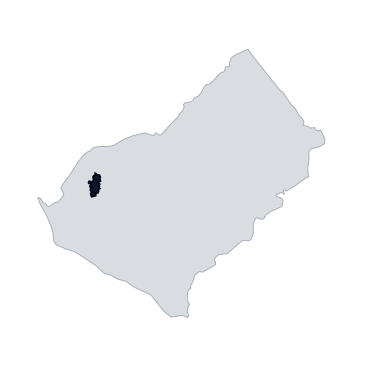 Sefwi-wiawso, Western, Ghana (highlighted), rotated 52°
{"feature_id": "2480657B7942392054994", "entity_name": "Sefwi-wiawso", "entity_type": "district", "adm_level": 2, "iso_a3": "GHA", "parent_name": "Ghana", "parent_adm1": "Western", "projection": "orthographic", "projection_center": [-2.458, 6.306], "detail": "fine", "context": "in_parent", "style": "filled", "palette": "ink", "viewbox_px": 384, "rotation_deg": 52, "n_neighbors": 0, "source": "geoboundaries", "source_scale": "gbopen_adm2", "svg_char_len": 6300}
<svg xmlns="http://www.w3.org/2000/svg" viewBox="0 0 384 384"><g transform="rotate(52 192 192)"><path d="M232.2,54.7L235.0,57.3L235.6,58.8L234.6,64.4L232.7,68.4L231.4,72.1L231.6,73.9L232.9,75.8L237.0,78.6L239.2,80.5L241.7,83.4L244.6,86.1L249.6,89.7L251.7,90.4L251.7,91.4L251.0,92.8L250.6,106.4L250.3,109.8L249.9,111.6L249.5,116.7L249.0,117.4L248.1,117.4L247.2,117.5L247.0,118.6L247.4,119.6L250.4,120.3L249.7,121.1L247.5,121.8L246.5,123.3L246.9,125.0L245.7,126.4L246.1,127.4L246.9,128.1L248.1,127.8L251.6,125.5L253.1,125.2L254.9,125.7L258.3,129.2L258.4,131.0L257.1,136.9L255.8,141.5L255.6,147.7L257.1,151.1L256.9,153.0L255.4,154.7L251.9,157.1L252.2,158.7L253.8,161.7L256.8,165.0L262.5,169.2L265.6,174.6L265.7,176.8L263.9,179.0L261.9,180.9L261.2,183.7L262.3,201.9L257.8,209.8L257.8,212.1L258.2,214.7L259.5,216.3L261.8,216.7L263.7,218.2L263.1,223.7L262.1,229.4L261.9,232.1L261.4,233.4L259.6,234.5L259.0,236.3L259.4,238.5L259.1,240.1L260.1,242.2L262.2,244.9L265.5,251.4L266.8,251.9L267.4,253.2L267.0,254.6L268.3,257.4L272.1,260.3L276.0,262.8L279.1,263.1L279.9,265.4L281.9,268.2L283.4,269.5L285.8,270.3L287.8,270.7L287.9,273.1L284.4,274.8L282.0,277.3L280.2,281.2L277.7,285.4L269.0,287.6L265.7,287.6L247.9,287.8L231.2,296.2L221.6,299.1L215.6,303.8L207.7,307.1L202.1,311.2L190.6,313.1L171.6,319.4L165.7,321.9L159.7,326.3L149.9,331.5L146.1,331.4L138.4,326.6L132.7,324.2L118.6,320.5L108.1,319.1L103.0,317.5L101.6,317.3L102.8,315.5L105.7,315.4L108.8,316.0L111.1,314.6L114.6,314.5L115.5,313.1L115.8,309.6L115.7,306.8L116.9,305.6L117.2,302.3L115.5,295.0L114.3,294.2L108.2,293.1L107.8,291.7L106.7,290.1L105.5,286.4L104.2,280.8L102.0,273.8L97.9,262.4L96.9,258.3L96.2,254.2L96.1,249.3L96.9,247.5L96.8,244.9L96.4,242.4L99.4,236.6L105.0,229.4L106.2,226.9L107.3,225.1L107.4,222.5L108.4,214.2L111.2,204.2L112.9,200.4L114.0,198.3L115.4,195.0L115.8,193.4L121.0,189.5L123.4,188.4L123.9,186.9L123.1,185.2L123.5,184.0L124.7,183.4L126.6,183.0L128.0,181.4L125.8,169.0L124.1,156.6L124.0,155.6L122.9,153.9L121.9,148.8L120.1,145.8L117.7,144.9L117.7,142.1L120.2,137.4L120.8,134.6L119.6,133.8L119.4,131.6L120.3,128.1L119.9,126.0L119.4,123.7L116.9,118.3L116.2,114.5L117.6,112.2L117.5,107.3L116.1,99.8L115.9,95.0L116.9,93.1L116.4,91.2L114.6,89.4L114.4,87.6L116.0,85.9L115.8,84.6L113.8,83.6L112.1,81.3L110.5,77.7L110.9,71.8L113.8,60.9L114.2,60.0L117.5,60.1L117.5,60.5L127.9,60.4L139.8,60.3L153.9,60.2L166.8,60.0L167.4,59.5L169.5,58.9L182.5,60.0L190.6,59.4L194.1,59.8L196.6,60.5L202.2,60.0L205.2,60.3L207.5,63.0L208.4,63.0L209.7,61.8L211.9,60.5L214.2,59.5L215.8,57.3L216.8,55.7L218.3,56.1L220.4,56.0L221.8,54.6L222.3,52.5L232.2,54.7Z" fill="#d9dde1" stroke="#a8b0b8" stroke-width="1"/><path d="M118.8,260.3L119.0,260.5L119.1,260.8L119.4,261.0L119.5,260.9L119.6,260.7L119.9,260.8L120.0,261.0L120.1,260.9L120.3,260.7L120.5,260.7L120.6,260.8L120.8,260.9L120.8,261.0L120.7,261.0L120.8,261.2L120.9,261.3L121.2,261.3L121.3,261.4L121.4,261.6L121.4,261.8L121.5,261.9L121.4,261.9L121.3,262.0L121.8,262.4L121.8,262.5L121.9,262.9L122.0,263.0L122.4,263.4L122.7,263.5L122.8,263.8L122.7,263.9L122.8,263.9L122.8,264.0L122.6,264.0L122.3,264.3L122.4,265.3L122.1,265.8L121.6,265.7L121.1,265.6L121.0,265.8L120.7,265.8L120.2,266.1L120.5,266.5L120.5,267.1L120.4,267.1L120.5,267.3L120.6,267.5L120.9,267.4L120.9,267.5L121.0,267.7L121.1,267.9L121.3,267.8L121.6,267.9L121.8,267.9L121.8,267.7L122.0,267.7L122.8,267.2L123.0,267.3L123.3,267.3L123.8,267.0L124.1,266.8L124.2,266.7L124.3,266.6L124.4,266.8L124.5,266.8L124.5,267.0L124.9,267.2L125.1,267.2L125.3,267.4L125.4,267.6L125.5,267.6L125.4,267.7L125.5,267.8L125.4,267.7L125.4,267.8L125.2,267.9L125.2,268.1L124.9,268.0L125.1,268.1L124.9,268.1L124.9,268.3L124.8,268.2L124.8,268.3L124.7,268.4L124.8,268.4L124.8,268.5L125.0,268.7L125.2,268.8L125.3,268.7L125.3,268.8L125.2,268.9L125.4,268.9L125.3,269.0L125.6,269.2L125.9,269.1L126.1,269.1L126.4,269.0L126.7,269.2L126.9,269.3L127.2,269.2L127.6,269.4L127.6,269.5L127.3,269.6L127.2,269.6L127.0,269.8L126.9,269.9L127.7,270.1L127.8,271.1L129.7,271.1L130.7,270.8L130.5,271.2L130.4,271.4L130.6,271.6L130.6,272.0L130.6,272.3L130.6,272.5L130.8,272.4L131.2,272.5L131.1,272.9L131.4,273.2L131.7,273.4L131.9,273.6L132.1,273.7L132.6,273.7L132.8,273.7L133.0,273.9L133.4,274.0L133.5,273.9L133.6,274.0L133.7,273.9L133.9,273.9L133.8,273.7L133.8,273.4L134.0,273.3L134.3,273.2L134.4,272.9L134.5,272.9L134.5,272.7L134.8,272.6L134.8,272.4L135.0,272.2L135.1,271.9L135.1,271.7L135.1,271.3L135.0,271.2L135.2,270.9L135.3,270.8L135.2,270.8L135.3,270.7L135.3,270.3L135.3,270.2L135.2,270.3L135.2,270.1L135.0,269.9L134.9,269.9L134.8,269.7L134.7,269.6L134.6,269.4L134.4,269.4L134.2,269.2L133.9,269.1L133.7,269.1L133.7,268.9L133.7,268.7L133.8,268.6L133.7,268.5L133.6,268.4L133.4,268.4L133.3,268.2L133.3,267.9L133.3,267.6L133.5,267.7L133.7,267.8L133.9,267.8L133.9,267.7L134.0,267.6L134.1,267.4L134.2,267.2L134.3,267.1L134.3,266.9L134.4,267.0L134.4,266.9L134.5,266.9L134.8,266.9L134.8,266.7L134.8,266.4L134.6,266.1L134.4,266.0L134.4,265.9L134.2,265.8L134.2,265.7L134.0,265.4L134.0,265.2L133.9,265.2L133.6,265.1L133.4,265.1L133.3,264.9L133.2,264.9L133.1,264.7L133.0,264.4L132.8,264.4L132.7,264.3L132.6,264.2L132.6,263.7L132.6,262.7L132.7,262.3L132.2,262.3L131.9,262.4L131.7,262.4L131.4,262.4L131.4,262.2L131.1,262.1L130.8,261.7L130.6,261.5L130.5,261.4L130.3,261.2L130.2,261.2L129.8,261.1L129.6,261.0L129.6,260.8L129.6,260.5L129.5,260.4L129.4,260.3L129.3,260.0L129.2,260.0L129.0,259.9L128.9,259.8L128.7,259.8L128.5,259.7L128.4,259.7L128.1,259.5L127.6,259.6L126.2,260.1L126.2,259.7L126.1,259.4L125.9,259.2L125.7,259.0L125.7,258.9L125.9,258.8L126.0,258.7L126.2,258.4L126.4,258.3L126.5,258.1L126.8,258.0L127.1,257.8L127.1,257.6L127.1,257.4L126.9,257.5L126.6,257.4L126.4,257.4L126.2,257.2L125.9,256.9L125.6,256.6L125.4,256.6L125.2,256.5L125.1,256.4L124.9,256.3L124.6,256.2L124.4,256.0L124.3,255.6L124.1,255.5L124.0,255.3L123.7,254.9L123.2,254.8L123.1,254.7L122.4,254.5L122.0,254.5L121.8,254.7L121.5,254.5L121.2,254.7L121.2,254.9L121.1,255.0L121.0,255.3L120.8,255.4L120.7,255.6L120.5,255.8L120.4,255.9L120.3,256.0L117.8,256.4L117.7,256.5L117.8,256.5L117.8,256.8L118.0,257.0L118.1,257.3L118.3,257.5L118.8,257.6L119.0,257.9L118.9,258.1L118.8,258.3L118.8,258.7L118.7,258.9L118.7,259.0L118.6,259.3L118.9,259.6L118.8,259.8L118.9,260.1L118.8,260.3Z" fill="#0f172a" stroke="#020617" stroke-width="1.5"/></g></svg>